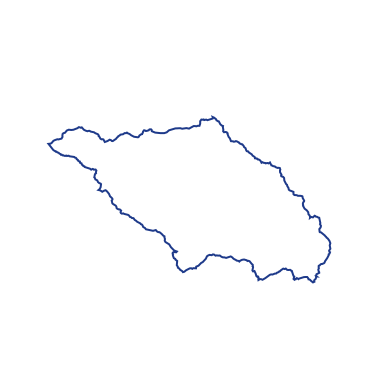 outline of Gura Teghii, Buzau, Romania, rotated 294°
{"feature_id": "2599482B83028603029386", "entity_name": "Gura Teghii", "entity_type": "district", "adm_level": 2, "iso_a3": "ROU", "parent_name": "Romania", "parent_adm1": "Buzau", "projection": "albers", "projection_center": [26.43, 45.616], "detail": "fine", "context": "isolated", "style": "outline", "palette": "blue", "viewbox_px": 384, "rotation_deg": 294, "n_neighbors": 0, "source": "geoboundaries", "source_scale": "gbopen_adm2", "svg_char_len": 6073}
<svg xmlns="http://www.w3.org/2000/svg" viewBox="0 0 384 384"><g transform="rotate(294 192 192)"><path d="M193.2,342.0L193.8,341.4L194.3,341.1L196.4,341.5L199.3,339.5L201.5,339.2L203.3,337.4L204.7,335.0L205.1,333.4L205.6,332.8L205.7,332.1L206.3,331.0L207.6,326.3L207.3,325.1L207.5,324.8L209.9,323.4L211.9,323.9L213.5,323.6L214.7,322.0L215.8,321.9L220.2,318.7L220.0,317.6L220.2,316.5L219.9,315.1L220.2,314.4L220.2,313.7L218.0,312.8L217.7,311.0L216.4,310.3L217.1,310.1L218.4,309.0L219.0,307.5L220.8,306.4L221.9,304.4L222.6,301.6L224.6,299.0L225.1,299.0L226.2,298.1L227.7,297.8L229.0,298.2L229.7,298.0L231.6,295.5L232.9,294.7L233.0,294.2L232.6,292.6L231.6,290.2L231.7,289.0L230.9,286.8L231.3,285.6L233.4,284.6L233.2,280.5L233.5,279.5L235.1,278.3L236.0,276.8L237.2,275.9L237.5,274.8L240.0,271.7L242.3,270.4L242.9,269.1L242.7,267.3L243.0,266.8L244.2,266.7L245.9,264.4L247.5,263.6L248.3,263.6L249.6,262.5L249.4,261.4L248.8,260.4L248.7,258.2L249.0,257.7L249.0,257.0L248.6,255.6L248.8,254.3L248.6,253.7L250.7,251.2L249.3,250.4L249.2,249.2L248.1,247.5L248.3,247.1L247.8,245.5L247.9,244.2L247.0,243.6L248.3,242.0L248.8,240.6L248.8,239.6L248.5,239.1L248.8,238.6L248.7,237.9L249.0,237.6L248.4,235.8L249.2,235.4L249.5,234.9L249.9,232.5L250.7,231.3L251.3,227.7L251.9,226.9L251.6,225.4L252.2,224.5L253.8,223.1L254.3,221.2L255.0,220.6L256.0,218.6L255.7,217.9L255.9,216.9L255.7,216.5L255.9,215.3L256.3,214.9L256.5,212.1L256.2,211.2L255.5,210.7L254.9,209.6L255.0,209.0L254.3,206.9L256.4,204.8L257.3,203.0L259.4,200.9L260.1,200.7L260.2,200.1L260.6,199.7L260.6,198.5L259.6,196.9L260.2,195.7L261.3,195.5L264.0,193.7L264.9,193.5L264.8,192.2L265.4,190.3L267.4,187.8L267.2,186.8L267.4,186.4L267.4,185.3L268.4,184.1L268.5,183.3L268.9,182.2L268.9,180.4L268.2,181.1L267.6,181.1L263.9,176.9L263.9,175.5L262.7,173.9L263.0,173.2L262.6,172.9L262.0,171.1L260.0,170.7L257.7,171.7L255.5,171.9L254.8,170.3L253.8,169.3L253.4,167.8L252.9,166.7L248.7,163.5L248.1,160.9L245.8,157.3L245.5,155.3L243.3,150.9L239.0,145.9L236.2,144.6L234.5,142.7L232.9,139.1L231.3,134.2L231.2,130.6L232.3,129.9L232.6,129.1L231.9,127.7L230.7,127.3L229.4,125.8L228.9,124.8L229.1,124.0L228.9,123.1L227.3,122.7L226.1,123.0L225.4,122.8L224.6,122.9L223.9,122.0L222.2,121.0L220.7,120.9L220.0,120.4L218.9,116.6L219.1,113.3L219.6,111.4L219.5,109.6L219.8,108.4L218.9,107.8L218.4,106.5L216.7,105.5L215.3,103.3L214.2,102.9L212.9,101.9L212.3,101.9L211.1,101.3L209.7,101.0L206.3,98.9L206.0,98.1L206.4,96.9L206.3,95.5L204.2,94.1L202.2,92.0L204.0,89.7L203.9,88.9L203.3,87.9L203.5,86.6L205.2,84.4L205.1,84.0L206.2,83.2L206.5,82.4L206.4,79.8L206.7,78.2L206.0,74.9L206.2,73.5L205.6,72.4L205.0,71.8L204.8,69.9L204.9,67.9L206.2,65.0L205.5,64.4L205.4,63.0L205.1,62.1L203.8,61.5L200.6,58.3L199.5,56.4L198.8,54.1L197.2,52.6L194.5,51.9L193.4,50.6L192.3,50.2L190.4,50.8L189.7,51.3L187.7,51.1L185.7,48.6L185.4,47.5L183.7,45.7L182.4,44.6L179.6,43.8L178.6,43.0L177.6,41.3L173.9,48.3L173.6,50.5L173.8,50.8L173.4,51.4L173.7,52.0L173.4,53.0L173.6,54.1L173.1,55.4L173.2,56.6L172.7,57.2L173.1,57.9L172.8,58.8L173.2,59.4L173.1,59.9L173.3,61.4L174.0,62.1L174.2,62.6L174.0,63.1L175.0,64.6L174.8,65.5L176.1,70.1L175.8,70.9L176.0,72.0L175.4,73.2L175.0,73.4L174.9,74.7L174.3,75.1L174.1,76.6L174.2,77.2L173.2,77.7L173.2,79.5L172.2,80.2L172.0,81.5L171.5,82.1L171.7,83.3L171.2,83.8L171.8,89.4L171.4,90.8L172.7,91.9L172.7,92.7L172.5,93.2L173.3,94.8L172.7,95.9L170.8,96.2L170.2,96.7L168.8,96.1L165.6,96.8L165.4,97.5L164.2,98.6L164.1,100.7L162.9,102.0L162.4,103.6L162.5,105.1L162.2,105.7L159.1,106.6L157.0,106.4L155.8,105.8L156.1,107.3L155.9,109.4L155.7,109.9L157.6,111.3L158.5,112.4L157.9,114.3L156.5,117.0L154.7,118.9L154.0,121.1L153.3,122.2L152.7,122.4L151.5,122.1L149.2,123.9L148.9,124.9L148.5,127.9L147.9,128.8L146.6,129.7L146.3,130.5L146.3,132.1L146.7,133.1L146.2,134.8L144.5,134.9L143.8,135.7L143.7,136.8L144.5,137.9L144.4,139.0L145.1,142.9L144.8,144.3L144.0,145.4L144.2,146.6L143.8,147.7L144.3,149.2L143.2,151.0L143.0,152.6L142.5,154.0L142.3,157.6L141.8,158.3L141.9,159.4L141.4,160.4L140.2,161.6L140.0,163.6L139.2,165.1L140.7,172.2L142.5,174.4L141.7,176.1L141.6,177.4L142.0,178.3L142.0,179.1L141.3,181.5L140.4,183.6L140.3,184.9L139.4,185.2L138.1,186.4L136.4,186.9L135.5,188.1L134.9,192.5L133.0,195.2L131.3,199.5L131.5,202.4L130.5,202.1L129.7,199.8L128.8,199.1L127.9,199.3L127.4,200.0L126.8,200.0L126.1,200.5L124.2,202.3L124.1,203.9L123.5,204.4L123.0,206.5L118.9,207.9L118.0,209.4L117.1,209.9L116.9,211.6L116.2,212.4L115.7,215.4L115.1,216.3L116.0,217.4L118.2,218.5L121.3,221.0L122.0,222.2L121.9,223.5L122.9,224.1L123.9,226.7L125.5,226.2L127.3,227.9L130.9,229.2L132.3,230.3L136.7,231.8L139.3,231.8L140.5,232.5L141.7,233.6L142.3,235.7L143.5,236.5L143.8,237.6L143.4,239.4L144.2,240.4L144.5,241.7L145.3,243.2L144.8,245.3L144.9,247.0L145.4,247.9L145.7,250.0L148.9,253.6L148.6,255.6L148.1,256.5L147.8,258.0L147.8,259.6L147.5,260.6L148.0,262.7L147.7,263.5L148.9,264.0L150.4,265.3L151.5,267.0L151.9,269.7L151.5,270.7L152.0,271.2L152.2,272.7L150.7,275.6L150.2,277.1L149.2,277.6L148.8,277.6L148.7,278.0L148.1,278.4L144.9,279.1L144.3,280.1L145.2,281.2L143.4,283.3L141.4,285.0L141.2,285.8L141.7,286.4L141.5,287.0L141.2,287.3L140.9,287.0L140.8,287.5L140.2,287.9L139.4,288.0L138.6,288.5L140.1,289.5L140.5,290.8L140.5,292.1L143.1,294.0L148.0,296.8L148.9,297.8L149.4,299.2L151.1,300.8L151.9,302.2L152.8,302.4L154.0,303.7L155.0,304.0L155.4,304.6L156.6,305.0L159.1,306.5L159.3,308.0L160.2,308.8L159.6,310.3L159.8,311.5L160.8,313.3L160.6,314.5L160.1,315.3L160.3,315.5L157.4,318.1L156.3,319.3L156.3,319.8L153.9,320.1L153.5,321.3L154.7,321.9L154.6,322.3L156.0,322.8L155.7,324.7L156.3,324.9L159.9,329.0L161.2,331.8L160.6,333.0L159.7,333.9L159.9,334.1L159.8,335.5L159.3,336.7L158.6,339.3L159.8,340.3L160.4,339.7L161.3,339.6L162.9,340.3L165.0,340.1L165.4,339.6L165.6,340.2L165.8,339.4L167.5,339.2L169.9,341.1L170.5,340.8L171.2,339.8L172.6,338.9L174.0,338.9L174.9,338.2L176.2,337.8L176.9,338.5L178.2,338.9L178.8,339.4L179.2,340.2L180.6,341.5L181.4,341.8L182.9,341.7L186.6,342.4L190.0,342.6L190.6,342.2L191.6,342.7L193.1,342.6L193.2,342.0Z" fill="none" stroke="#1e3a8a" stroke-width="2"/></g></svg>